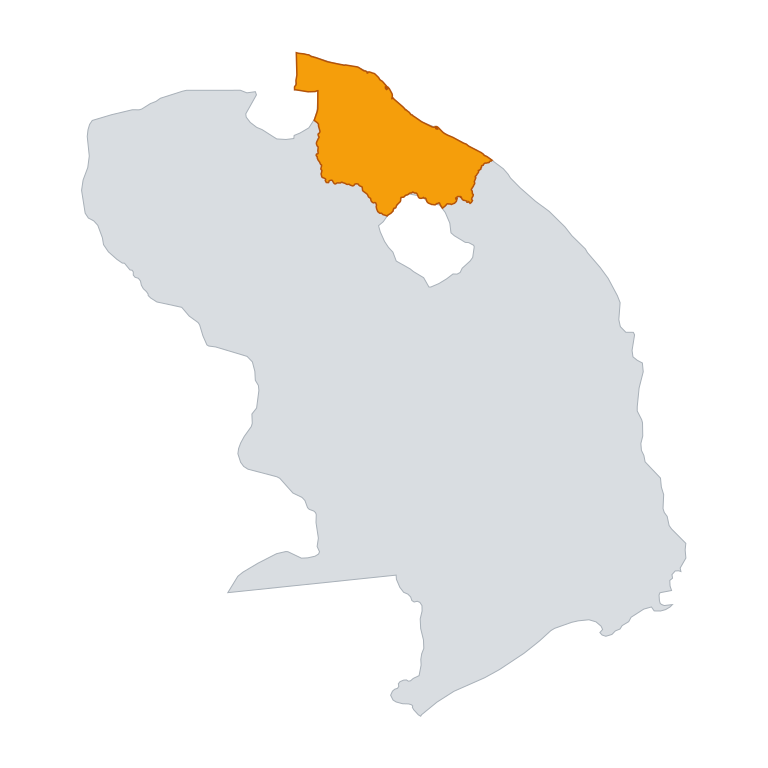 location of KwaZulu-Natal within South Africa, rotated 269°
{"feature_id": "ZAF-1216", "entity_name": "KwaZulu-Natal", "entity_type": "Province", "adm_level": 1, "iso_a3": "ZAF", "parent_name": "South Africa", "parent_adm1": "", "projection": "albers", "projection_center": [30.227, -28.943], "detail": "fine", "context": "in_parent", "style": "filled", "palette": "amber", "viewbox_px": 768, "rotation_deg": 269, "n_neighbors": 0, "source": "natural_earth", "source_scale": "10m", "svg_char_len": 9746}
<svg xmlns="http://www.w3.org/2000/svg" viewBox="0 0 768 768"><g transform="rotate(269 384 384)"><path d="M560.0,88.2L582.9,85.0L593.2,86.7L605.6,91.6L617.1,93.3L636.7,91.6L643.4,92.5L648.7,94.2L652.6,96.9L658.0,116.3L662.6,137.2L662.4,143.9L663.1,146.5L668.5,155.4L670.5,160.9L673.6,165.4L680.3,187.8L681.1,191.7L680.2,245.5L677.5,252.0L678.5,260.5L675.3,261.5L656.5,250.5L653.2,250.9L647.8,254.9L642.8,261.2L640.5,266.5L630.9,281.0L630.2,290.2L631.0,298.1L634.1,298.5L636.3,304.2L641.4,313.3L650.0,319.1L658.0,321.8L669.2,322.6L678.0,322.6L677.6,316.5L679.8,300.1L694.6,302.4L716.5,302.2L714.7,312.8L706.3,337.0L700.8,364.1L694.1,377.8L690.4,383.4L679.8,393.3L674.2,396.5L669.7,397.6L651.6,417.7L644.9,427.5L638.9,441.7L633.1,449.5L624.5,466.2L609.6,490.9L597.1,507.1L591.5,511.8L587.8,514.0L577.9,523.4L564.1,538.6L553.7,552.2L538.0,567.6L529.0,574.4L515.5,587.7L511.8,589.7L496.7,602.2L485.8,609.9L468.2,618.9L461.2,621.5L444.2,619.9L437.2,621.3L431.5,626.7L431.3,634.2L428.8,635.4L413.2,632.6L406.8,633.4L403.3,637.6L400.5,642.7L391.7,643.4L375.6,639.0L356.9,636.8L352.6,636.7L343.8,641.0L340.7,641.8L327.5,641.8L320.1,639.8L313.2,640.2L308.0,642.6L301.6,643.7L285.1,658.8L276.1,659.5L268.5,661.7L254.6,660.8L250.6,662.0L246.7,664.8L237.5,666.6L234.0,669.0L219.4,683.0L212.8,682.2L204.7,682.8L194.8,676.9L191.3,677.6L192.1,675.5L192.0,671.9L188.4,668.6L184.8,669.1L182.6,666.3L177.0,666.5L172.5,667.9L170.5,656.3L168.2,655.3L162.6,655.6L159.9,656.3L158.8,657.5L157.6,660.3L158.4,668.5L156.2,666.3L153.5,661.6L152.2,656.5L152.4,650.2L156.4,647.5L154.4,639.8L146.5,627.0L142.1,624.5L138.3,617.9L134.9,615.7L133.1,611.0L129.6,607.5L127.9,601.4L129.2,597.7L131.7,595.5L134.8,598.3L138.1,596.8L142.5,591.8L144.7,584.8L143.8,574.0L142.4,567.3L136.7,550.3L134.5,546.5L124.4,535.0L112.4,519.4L96.5,494.5L88.5,479.4L75.5,448.5L65.0,431.4L52.7,415.8L51.2,414.9L52.6,412.6L57.7,408.1L60.2,406.7L61.6,407.1L62.8,405.9L63.7,403.1L64.0,397.0L65.9,390.5L67.9,387.5L72.7,385.2L76.7,387.1L78.6,389.3L79.5,392.2L81.4,393.5L84.0,393.1L86.1,394.8L87.6,398.5L87.7,401.3L86.4,403.2L86.8,405.4L89.1,408.1L91.8,414.0L102.3,416.2L108.0,416.0L113.6,417.0L119.0,419.2L127.4,419.0L138.9,416.4L148.5,416.1L156.3,418.1L161.8,418.1L165.0,416.1L166.2,413.5L165.5,410.3L167.0,408.1L170.7,406.9L173.5,404.2L175.4,400.0L180.4,396.3L188.5,393.0L192.7,392.8L178.1,224.2L194.3,234.5L198.3,239.6L207.0,254.8L216.2,273.6L218.2,282.9L218.0,285.0L211.3,298.4L211.5,304.7L213.0,312.0L215.1,315.6L217.4,316.6L222.7,314.3L231.0,315.7L246.7,313.6L254.6,314.0L256.6,313.3L258.2,311.6L260.0,307.0L261.7,305.4L268.9,302.9L272.0,300.1L276.6,291.0L291.5,278.2L293.1,275.3L301.2,246.5L304.0,242.3L308.2,239.3L316.8,236.7L322.0,237.5L327.6,239.7L334.1,243.4L343.8,250.6L347.0,251.6L356.3,251.4L362.2,256.2L379.7,258.8L384.7,258.4L390.0,255.4L398.9,255.1L408.4,252.8L414.0,247.6L424.0,216.3L425.0,209.5L426.2,207.6L435.3,203.8L446.3,200.7L448.6,199.3L455.3,190.4L464.2,183.1L470.0,158.3L474.0,152.3L476.5,149.8L478.1,149.7L480.5,148.1L483.5,145.0L487.1,143.1L491.3,142.3L494.0,140.2L495.1,136.9L497.3,135.2L500.4,135.3L502.1,134.2L502.5,132.0L509.3,126.6L509.5,124.4L513.3,119.1L520.9,110.8L528.2,106.0L535.1,105.0L547.7,100.6L552.2,96.6L555.1,91.3L560.0,88.2ZM543.7,452.6L554.3,448.3L562.1,442.7L563.7,432.6L569.7,426.4L571.9,420.6L573.5,412.7L569.9,404.4L564.9,402.0L555.8,394.9L551.8,390.1L546.3,386.1L542.4,381.3L536.2,382.9L526.6,387.0L520.6,390.8L515.7,395.2L506.7,398.4L498.6,412.2L495.9,415.4L489.6,425.5L480.2,430.6L480.1,432.4L483.4,440.5L488.0,448.4L492.8,454.9L492.6,459.0L494.2,462.1L498.4,464.2L505.5,472.3L509.0,474.9L519.6,476.6L521.1,476.1L523.9,471.1L524.2,467.7L531.0,456.9L534.0,453.6L543.7,452.6Z" fill="#d9dde1" stroke="#a8b0b8" stroke-width="1"/><path d="M556.9,396.2L554.6,393.9L553.0,391.1L552.5,390.5L551.9,390.0L552.2,389.4L553.0,387.2L553.3,386.1L553.5,385.8L554.5,384.8L554.7,384.6L554.8,384.3L554.8,383.9L554.8,383.0L554.9,382.6L555.1,382.3L555.9,381.6L556.4,380.8L559.2,379.7L561.3,379.3L561.6,379.3L562.8,379.6L563.1,379.6L563.6,379.5L564.3,379.2L564.7,379.1L565.1,378.9L565.4,378.7L565.6,378.1L565.6,377.8L565.5,377.5L565.3,377.0L565.3,376.8L565.3,376.6L565.5,376.1L565.9,375.5L566.8,374.6L567.7,374.2L569.8,373.8L571.1,372.0L571.3,371.8L571.6,371.6L572.2,371.4L573.2,371.0L573.9,370.6L574.5,370.0L577.2,366.5L577.4,366.3L577.9,366.0L578.4,365.9L580.7,365.7L581.3,365.6L581.8,364.8L582.3,363.7L582.6,363.1L583.1,362.5L584.3,361.7L584.5,361.1L584.7,359.7L584.5,358.9L584.3,358.4L584.2,358.2L583.1,357.4L582.9,357.0L582.8,356.8L582.6,356.3L582.7,355.8L582.9,355.2L583.3,354.1L583.8,353.2L584.2,352.9L584.3,352.6L584.3,352.3L584.2,350.6L584.4,350.0L585.1,348.9L585.4,348.3L586.0,346.4L586.5,345.6L586.5,345.4L586.5,345.0L586.4,344.7L585.9,344.3L585.8,343.8L585.8,343.1L585.9,341.3L585.9,341.0L585.8,340.5L585.2,339.5L585.0,339.3L584.9,338.8L584.9,338.5L585.0,338.2L585.3,337.8L585.8,337.3L588.3,335.9L588.5,335.7L588.6,335.4L588.7,334.9L588.5,333.7L588.3,333.1L588.2,332.8L588.0,332.7L586.4,332.1L586.3,331.8L586.3,331.5L586.4,330.9L586.5,330.5L586.4,330.2L586.5,329.8L588.5,328.8L589.6,329.3L590.0,329.1L590.3,328.8L590.6,328.2L591.1,327.3L591.3,326.6L591.4,326.3L591.7,325.8L592.0,325.6L592.3,325.4L593.3,325.2L594.9,324.8L595.4,324.8L596.1,325.1L598.3,325.6L598.5,325.6L598.8,325.5L599.5,324.9L600.1,324.6L603.3,325.4L604.2,325.3L604.5,324.7L604.8,324.4L607.3,323.3L608.6,322.3L609.3,321.9L609.9,321.7L611.1,321.2L611.4,321.2L612.4,321.2L612.6,321.1L613.0,320.6L613.4,320.3L613.7,320.2L614.0,320.2L614.8,320.4L615.0,320.5L615.2,320.9L615.2,321.4L615.4,321.9L616.0,322.2L618.5,321.9L621.4,322.3L622.3,322.2L622.9,321.5L623.8,321.1L624.9,320.7L625.7,320.6L626.1,320.6L627.6,321.1L628.0,321.3L628.6,321.7L628.9,321.8L630.4,322.5L631.3,323.1L631.9,323.4L632.3,323.3L632.7,323.0L633.2,322.7L634.7,322.4L635.4,322.7L635.8,323.5L636.9,324.2L637.9,324.4L643.1,323.0L645.0,323.0L646.5,321.8L648.8,318.8L657.6,322.0L660.3,322.6L678.4,323.0L678.4,322.4L678.3,321.9L678.1,321.4L677.8,320.9L677.6,320.2L677.5,313.1L679.7,301.0L679.7,299.7L682.4,299.7L683.1,299.9L684.1,300.9L684.7,301.2L685.9,301.5L688.0,301.3L689.2,301.3L694.5,302.3L716.8,302.1L716.2,304.0L715.4,310.0L714.6,312.9L714.5,313.9L714.3,314.8L712.8,316.9L712.6,317.2L712.4,318.6L712.3,319.0L711.9,319.7L711.7,320.9L707.2,333.0L704.1,346.4L704.0,347.4L703.9,347.9L703.5,349.0L703.4,349.5L703.4,350.1L703.6,350.9L703.6,351.4L701.5,362.9L701.2,363.7L697.7,369.0L697.4,369.7L697.3,370.8L696.8,371.8L696.1,372.5L695.2,372.7L695.3,373.2L695.5,373.3L696.0,373.0L696.3,374.6L695.8,376.3L695.1,378.0L694.7,379.5L694.2,380.3L690.7,383.8L690.1,384.2L688.8,384.9L688.3,385.2L687.9,385.7L687.1,387.0L686.6,387.7L682.1,391.5L681.0,390.5L679.4,390.7L678.4,391.7L679.3,393.0L679.6,392.6L680.2,392.1L680.8,391.8L681.5,391.7L680.7,393.2L679.1,394.5L674.1,397.1L672.6,397.4L671.1,397.3L669.3,396.9L669.4,397.6L669.6,397.8L669.8,397.9L669.8,398.2L668.6,399.0L660.6,407.9L658.7,409.6L658.1,409.9L657.8,410.0L657.7,410.3L657.6,411.1L657.4,411.3L656.9,411.7L655.3,413.8L654.7,414.3L653.4,415.2L652.8,415.7L652.6,416.1L652.4,417.1L651.9,417.4L651.6,417.7L651.3,418.0L650.9,418.8L645.6,426.1L640.2,436.6L639.8,438.5L640.2,440.2L638.6,440.2L638.2,440.6L638.0,441.8L638.7,441.5L640.0,441.0L640.5,440.5L640.5,440.9L640.5,441.2L640.3,441.5L640.0,442.1L638.9,443.3L634.8,447.1L633.6,448.6L631.7,451.9L629.4,457.2L623.6,467.4L622.8,469.3L622.6,470.0L622.3,470.6L620.4,472.7L613.7,485.2L612.5,486.8L611.9,487.5L611.3,487.8L610.8,488.2L609.6,490.9L605.9,495.9L605.8,495.6L605.1,495.2L604.9,494.1L604.7,493.6L604.4,493.3L603.7,493.0L603.6,492.7L603.5,492.4L603.5,491.5L603.4,491.2L603.2,490.8L603.1,490.2L603.1,489.9L603.1,489.2L603.1,488.9L602.9,488.5L602.5,487.9L601.5,487.2L601.1,487.1L600.9,486.8L600.7,486.0L600.6,485.6L600.4,485.4L600.2,485.3L599.2,485.3L598.9,485.2L598.7,485.0L598.4,484.7L598.2,484.5L597.6,484.7L597.4,484.7L597.1,484.5L596.9,484.2L596.7,483.7L596.5,483.4L596.1,483.2L596.0,482.9L595.9,482.6L595.9,482.3L595.9,482.1L595.7,482.0L595.2,482.2L594.9,482.3L594.6,482.3L594.2,482.2L593.4,481.7L592.5,480.9L591.1,480.1L590.5,479.6L590.4,479.3L590.2,479.1L590.0,478.9L589.2,478.9L588.9,479.0L588.6,479.4L588.4,479.4L587.8,479.0L587.3,478.9L586.3,478.4L585.8,478.3L585.3,478.0L585.0,477.9L584.7,477.8L583.4,478.2L583.1,478.2L582.7,478.1L582.4,478.0L581.4,477.3L580.2,476.8L577.4,474.9L576.9,474.7L576.6,474.8L576.4,474.8L575.5,475.5L575.0,475.6L573.0,475.7L572.7,475.7L572.6,475.9L572.1,476.4L571.9,476.5L571.7,476.6L571.2,476.5L570.2,476.2L568.8,475.3L567.2,474.8L565.9,475.7L564.0,474.5L563.1,473.2L564.9,471.9L564.2,471.0L564.4,470.0L565.4,470.0L566.2,467.6L566.3,466.5L567.2,465.7L567.7,465.1L569.5,464.5L569.3,463.8L570.1,463.6L570.1,462.5L570.2,461.0L568.6,458.9L567.7,459.1L568.0,460.3L565.3,459.5L564.6,458.8L563.5,457.7L563.1,456.4L562.3,454.4L562.9,453.3L562.8,452.0L562.9,451.8L563.0,451.5L563.1,450.8L563.0,450.4L562.8,450.0L561.1,448.5L559.1,446.0L558.8,445.5L561.9,443.5L562.4,443.3L563.4,442.9L563.9,442.7L564.2,442.3L564.1,441.8L563.6,441.0L563.5,440.3L563.5,439.9L563.4,439.6L562.9,439.2L562.3,438.4L562.3,437.3L562.6,436.0L562.6,434.9L563.3,433.5L563.8,432.2L564.5,431.0L565.6,430.1L568.7,429.1L569.2,428.5L569.1,427.8L569.2,427.1L569.8,426.6L569.3,425.9L569.0,424.8L569.0,423.6L569.3,422.6L570.1,421.8L571.2,421.3L572.4,420.9L573.5,420.4L573.9,420.1L574.3,419.6L574.4,419.1L574.4,418.5L574.5,417.7L575.2,416.7L575.4,416.0L575.2,415.7L574.7,415.2L574.5,414.9L574.5,414.6L574.5,413.9L574.5,413.6L574.1,412.6L572.9,411.1L572.5,409.5L572.2,408.7L571.6,408.1L571.0,407.6L570.5,407.0L570.3,404.4L569.1,403.9L567.5,403.9L566.1,403.5L562.8,400.0L561.4,399.3L560.5,399.1L559.9,398.7L559.7,398.2L559.7,397.3L559.3,396.8L558.4,396.4L557.5,396.1L556.9,396.2Z" fill="#f59e0b" stroke="#b45309" stroke-width="1.5"/></g></svg>